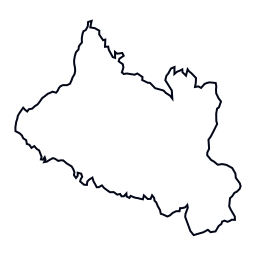 Pejuçara, Rio Grande do Sul, Brazil (Robinson projection)
{"feature_id": "56859067B42637722016713", "entity_name": "Pejuçara", "entity_type": "district", "adm_level": 2, "iso_a3": "BRA", "parent_name": "Brazil", "parent_adm1": "Rio Grande do Sul", "projection": "robinson", "projection_center": [-53.603, -28.445], "detail": "fine", "context": "isolated", "style": "outline", "palette": "ink", "viewbox_px": 256, "rotation_deg": 0, "n_neighbors": 0, "source": "geoboundaries", "source_scale": "gbopen_adm2", "svg_char_len": 2815}
<svg xmlns="http://www.w3.org/2000/svg" viewBox="0 0 256 256"><path d="M55.2,158.9L58.3,160.9L60.8,160.3L63.2,160.4L66.7,163.4L71.6,166.4L73.2,169.0L74.4,172.2L74.0,175.2L76.0,178.0L77.7,175.8L77.7,172.7L81.2,173.7L82.2,176.8L80.8,179.0L80.1,181.4L84.0,184.7L86.9,184.9L87.3,181.6L89.1,179.7L92.4,177.6L93.6,181.6L94.9,183.7L96.7,187.2L98.7,187.2L101.9,185.4L104.1,188.0L107.5,190.5L110.0,192.2L113.7,192.1L117.2,194.6L120.2,194.0L121.5,196.3L123.9,196.2L126.4,193.5L126.6,196.5L129.4,197.9L130.6,195.9L135.1,197.7L138.2,198.2L140.7,198.9L142.9,199.3L143.9,195.4L147.7,199.0L150.6,198.9L152.1,195.3L154.2,198.1L154.5,200.6L156.3,202.5L157.6,205.8L160.0,210.1L160.8,213.8L163.1,214.5L167.3,216.5L169.9,215.4L172.7,212.9L176.2,211.2L179.5,211.2L180.1,208.1L182.3,208.1L185.3,207.3L187.3,205.0L187.8,207.7L185.5,213.9L185.2,216.9L190.4,231.0L193.7,235.1L203.5,232.2L207.9,229.8L210.6,232.2L215.5,231.4L218.6,226.1L221.4,223.9L222.2,221.5L224.7,220.7L227.5,221.8L229.8,220.9L231.8,219.7L234.9,219.9L234.8,216.5L230.9,209.9L229.2,206.3L230.0,198.2L232.2,196.2L234.5,192.8L236.8,191.7L239.6,189.0L240.6,186.2L239.8,183.3L235.8,177.8L235.4,173.5L232.2,168.0L226.5,164.9L222.3,164.1L217.7,164.7L214.0,161.6L211.0,159.9L207.2,155.2L207.3,152.5L209.1,148.8L208.5,139.7L210.6,136.8L212.9,132.5L217.1,124.0L216.3,120.7L216.2,113.6L217.1,108.6L218.9,107.4L221.0,101.5L218.7,98.5L216.2,93.4L216.0,89.4L216.3,86.2L215.7,83.0L212.1,82.6L209.1,82.4L206.5,83.1L204.5,84.0L201.1,87.9L198.3,86.4L195.0,87.0L195.8,82.9L196.0,78.0L191.5,73.3L188.9,71.2L187.6,69.3L186.0,75.7L182.5,72.2L182.3,69.4L179.7,70.7L176.8,71.9L174.4,74.0L174.5,67.0L171.0,68.5L168.2,73.6L166.4,75.8L165.3,80.2L171.8,90.5L172.3,98.6L170.0,95.6L165.9,93.0L163.5,90.5L155.2,88.2L150.0,82.9L147.7,82.7L142.2,80.0L142.5,77.0L137.3,73.5L134.7,74.7L126.8,73.5L123.8,74.0L121.9,72.4L123.4,67.5L122.8,64.2L118.7,61.4L119.4,58.7L123.7,55.8L122.3,53.0L117.1,53.7L115.0,51.9L115.1,57.9L112.8,57.1L108.8,49.8L108.2,46.6L105.0,46.8L105.3,39.6L103.1,40.2L99.2,34.5L99.3,30.7L94.9,28.2L90.3,27.4L91.6,20.9L88.1,22.0L87.8,26.2L85.8,30.0L83.4,31.3L82.5,33.9L81.8,38.3L81.9,42.6L80.4,44.2L78.9,46.3L78.5,49.5L76.0,52.2L74.8,56.3L74.1,60.3L74.2,63.8L74.9,67.2L75.2,70.9L74.5,74.2L72.6,77.4L71.4,80.7L70.0,83.7L67.2,85.1L62.9,85.1L60.4,86.3L58.8,88.2L57.8,90.5L56.1,92.7L52.5,91.7L50.2,92.8L47.8,93.8L45.3,95.8L42.2,98.1L40.0,101.3L37.7,104.3L34.7,106.3L32.1,108.7L28.9,109.2L27.2,111.5L25.2,109.9L23.2,107.7L21.0,110.8L19.1,113.6L17.8,116.0L17.3,118.7L16.2,122.0L15.8,124.7L15.4,127.4L15.5,131.2L19.5,133.2L21.9,135.4L23.2,138.3L26.2,140.2L26.8,143.9L29.4,144.8L31.5,147.9L34.3,146.1L36.7,148.9L39.1,150.4L40.7,154.5L41.6,156.9L40.9,159.4L43.0,159.7L44.7,157.2L45.5,159.6L44.2,162.1L46.9,161.6L49.9,159.7L53.0,158.1L55.2,158.9Z" fill="none" stroke="#020617" stroke-width="2"/></svg>